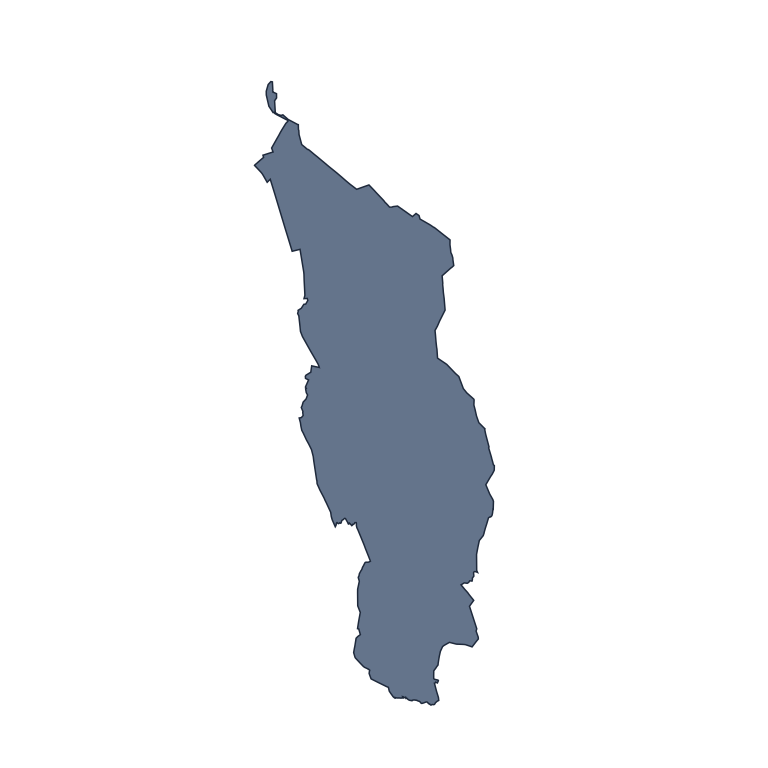 Iršu pag., Kokneses, Latvia, rotated 74°
{"feature_id": "27541924B71270592653243", "entity_name": "Iršu pag.", "entity_type": "district", "adm_level": 2, "iso_a3": "LVA", "parent_name": "Latvia", "parent_adm1": "Kokneses", "projection": "robinson", "projection_center": [25.608, 56.781], "detail": "fine", "context": "isolated", "style": "filled", "palette": "slate", "viewbox_px": 768, "rotation_deg": 74, "n_neighbors": 0, "source": "geoboundaries", "source_scale": "gbopen_adm2", "svg_char_len": 5976}
<svg xmlns="http://www.w3.org/2000/svg" viewBox="0 0 768 768"><g transform="rotate(74 384 384)"><path d="M703.4,419.1L703.3,418.6L700.5,418.1L699.4,418.1L694.2,418.2L685.8,418.0L685.9,417.8L684.8,416.6L686.1,415.1L684.2,413.5L683.5,413.7L681.7,416.9L680.9,417.4L677.3,416.4L673.4,415.2L671.4,412.5L670.3,411.3L669.0,409.5L667.6,409.0L663.7,407.2L661.0,405.9L657.3,403.9L656.7,403.6L652.6,400.1L651.9,398.5L651.1,395.3L650.4,392.3L654.0,386.1L656.1,379.8L656.9,377.7L659.5,373.9L661.0,371.8L656.8,366.1L655.1,363.6L653.3,363.2L646.9,363.6L644.9,362.3L621.2,363.1L616.7,357.4L610.0,360.2L607.7,361.0L603.6,363.0L598.3,365.3L597.3,361.7L598.5,358.9L598.1,357.3L596.8,355.9L597.7,353.7L596.5,353.0L594.9,352.5L593.5,350.6L592.6,350.4L590.4,350.0L589.9,349.8L589.4,349.2L589.3,348.5L589.5,348.0L590.4,346.6L590.9,346.0L588.8,346.3L573.3,342.0L567.1,338.9L560.7,335.5L557.1,330.4L554.9,328.9L554.4,328.7L550.5,326.3L546.6,323.7L541.4,320.4L540.9,318.5L541.2,318.2L540.9,317.5L540.6,317.0L540.3,316.6L539.6,316.1L537.9,315.2L534.2,313.7L534.4,313.5L526.9,311.1L525.2,311.3L525.1,311.2L519.0,312.7L508.9,313.9L502.5,307.2L500.4,304.7L497.4,301.9L496.7,301.6L492.8,300.4L492.0,301.0L491.7,301.1L488.8,301.0L484.4,301.0L484.3,300.9L484.2,300.9L474.2,301.0L473.5,300.4L460.2,300.1L455.3,299.7L455.0,299.3L447.3,303.5L440.1,303.9L433.7,303.5L429.0,303.4L424.2,301.8L423.4,301.8L415.3,306.9L410.3,309.0L397.4,310.0L393.6,312.4L382.4,318.3L373.9,325.4L365.1,323.5L363.2,323.3L357.9,322.4L351.0,321.0L346.6,320.2L343.2,316.8L338.7,313.1L329.8,304.9L318.3,302.6L312.4,301.7L308.0,300.8L304.6,300.2L303.3,299.7L296.0,298.3L290.8,287.5L290.8,287.1L289.4,284.3L283.5,283.5L281.8,283.1L278.8,283.1L275.9,283.5L273.0,282.9L268.3,282.2L263.7,280.8L255.1,287.0L247.4,292.5L247.4,292.8L244.1,295.5L235.4,303.9L231.7,303.9L228.9,306.2L230.9,310.5L216.7,321.9L216.0,326.3L216.1,327.5L216.1,327.9L215.5,329.9L210.8,332.2L210.2,332.7L207.6,333.7L197.4,339.0L195.7,339.8L188.5,343.6L188.8,348.6L189.3,356.6L182.3,361.8L178.3,364.5L175.2,366.5L168.5,370.9L160.1,376.8L147.2,385.5L143.8,387.9L140.2,390.3L137.8,392.0L137.5,392.8L131.9,396.6L131.1,397.1L120.5,396.9L120.4,396.8L116.8,396.0L115.8,396.1L111.2,394.9L111.2,395.0L103.3,403.2L97.4,407.0L97.4,408.9L96.0,411.3L93.2,413.7L81.6,411.1L79.4,408.4L75.3,407.3L72.9,410.1L72.8,409.9L72.6,409.9L72.3,410.2L72.1,410.2L71.5,410.2L70.7,409.8L62.8,408.0L62.1,409.4L64.2,412.8L70.1,416.5L73.8,417.5L85.3,418.1L92.5,415.8L92.5,414.7L93.4,414.7L93.9,414.4L95.9,412.5L97.3,411.0L103.3,404.7L103.5,404.2L103.9,404.0L104.9,403.9L106.4,406.5L111.3,411.9L113.6,414.3L116.0,416.6L118.8,419.5L126.2,427.0L130.4,426.7L130.5,430.9L130.7,437.3L133.0,437.3L134.1,439.8L137.8,447.7L138.2,448.2L146.3,444.0L148.1,443.2L150.2,442.6L157.9,440.7L155.8,436.9L171.0,436.6L208.7,436.1L213.3,436.0L231.1,435.7L231.4,427.6L254.4,430.3L256.5,430.7L262.4,432.2L277.0,435.6L279.9,437.4L280.6,434.2L282.7,434.2L285.6,437.2L285.3,439.1L288.4,442.6L289.5,446.3L290.3,446.3L292.5,447.6L295.0,447.1L305.6,448.9L310.4,449.8L316.0,449.3L333.0,445.3L342.4,442.9L346.7,441.9L349.5,441.6L349.8,441.7L349.8,441.9L350.2,441.8L346.6,448.5L352.2,451.0L352.5,451.1L354.0,456.5L354.9,457.5L357.0,457.9L359.3,455.4L365.3,460.4L366.8,459.9L367.0,460.7L370.9,461.1L373.5,460.5L376.9,463.0L379.1,466.7L382.3,468.7L383.8,470.0L388.1,469.5L389.1,470.0L392.0,470.4L393.5,472.7L393.3,474.9L398.1,475.0L401.7,475.5L405.8,475.8L409.2,475.1L416.2,474.0L421.0,472.9L427.1,471.8L434.1,472.0L438.5,472.7L457.8,475.2L458.2,475.1L461.4,475.8L468.5,474.8L477.2,473.0L479.7,472.7L482.3,472.2L492.6,470.6L496.9,471.2L499.7,471.2L500.3,471.2L507.8,470.2L507.1,469.5L506.5,469.0L504.7,468.1L504.2,467.5L504.2,467.4L504.3,467.2L505.5,466.6L505.7,466.3L505.7,466.0L505.6,465.6L505.2,464.9L505.9,464.1L505.9,463.8L505.5,463.5L505.1,463.1L504.0,462.5L503.6,462.1L503.3,461.5L503.1,460.4L502.6,459.6L502.3,458.8L502.5,458.4L502.9,458.1L508.2,456.8L508.4,457.0L508.8,456.8L508.9,456.5L508.4,456.1L508.1,455.7L508.8,455.2L511.3,454.0L511.2,453.7L510.9,453.3L510.6,453.1L510.3,452.7L510.6,452.4L510.1,451.0L509.2,450.2L509.6,448.9L510.2,448.9L512.6,449.6L514.7,449.7L516.9,449.3L533.0,447.5L537.1,447.2L545.9,446.3L550.6,445.9L551.0,447.8L550.8,448.9L550.4,450.1L550.3,451.0L550.4,451.3L550.7,451.7L552.2,453.1L553.4,454.2L553.8,454.7L554.7,455.5L555.3,455.8L556.5,456.8L557.3,457.8L559.6,460.0L561.3,460.8L561.8,461.2L562.3,461.7L562.8,462.0L563.0,462.1L563.4,462.1L566.8,462.1L574.0,465.9L577.3,466.9L590.0,470.4L596.7,469.8L596.9,469.7L605.4,473.9L611.9,476.9L612.5,475.8L618.4,475.8L619.5,478.8L620.7,480.9L628.2,484.4L629.5,485.1L633.8,487.2L638.6,487.2L639.5,487.0L645.8,483.8L649.8,481.7L651.0,480.8L653.5,477.9L653.9,477.8L653.9,477.5L655.2,476.6L656.3,477.3L658.2,478.1L663.9,477.7L668.9,472.3L674.7,465.9L675.2,465.4L676.8,463.4L680.7,463.6L681.1,463.5L683.8,462.6L686.3,461.7L686.9,461.5L687.5,461.2L687.8,461.0L687.8,460.7L688.5,460.5L688.7,460.0L689.1,459.9L689.1,459.6L688.7,459.2L689.2,458.5L689.5,457.8L689.9,456.2L690.5,454.6L690.8,453.4L690.9,452.8L690.7,452.6L690.2,452.5L690.6,452.3L690.1,451.9L690.5,451.7L691.0,451.5L690.9,451.4L690.7,451.2L691.0,451.1L691.1,450.6L691.4,450.0L691.4,449.9L691.2,449.6L691.9,449.6L691.7,449.3L692.4,449.1L692.5,449.0L692.5,448.8L692.5,448.6L693.1,448.3L693.3,448.2L694.3,447.5L695.0,446.7L695.6,445.6L695.6,445.1L696.1,444.7L696.2,444.4L696.1,443.9L695.8,443.5L695.8,443.0L696.1,442.3L696.2,441.5L696.6,441.0L696.7,440.3L697.0,440.0L697.3,439.6L697.4,439.2L697.8,439.0L698.2,438.5L698.7,437.6L699.2,437.1L700.0,436.8L700.3,436.7L700.9,436.4L701.4,435.9L701.5,435.7L701.5,435.2L701.5,433.7L701.3,431.8L701.3,431.2L701.4,430.6L701.5,430.5L701.6,430.3L701.9,430.0L702.3,429.9L702.9,429.5L703.5,429.3L703.8,429.0L704.2,428.6L704.1,428.4L704.3,428.2L705.2,427.8L705.5,427.5L705.6,427.2L705.4,426.3L705.4,425.9L705.9,424.8L705.9,424.3L705.9,424.0L705.9,423.8L705.5,423.3L704.6,422.4L703.7,420.5L703.5,419.8L703.4,419.1Z" fill="#64748b" stroke="#1e293b" stroke-width="1.5"/></g></svg>